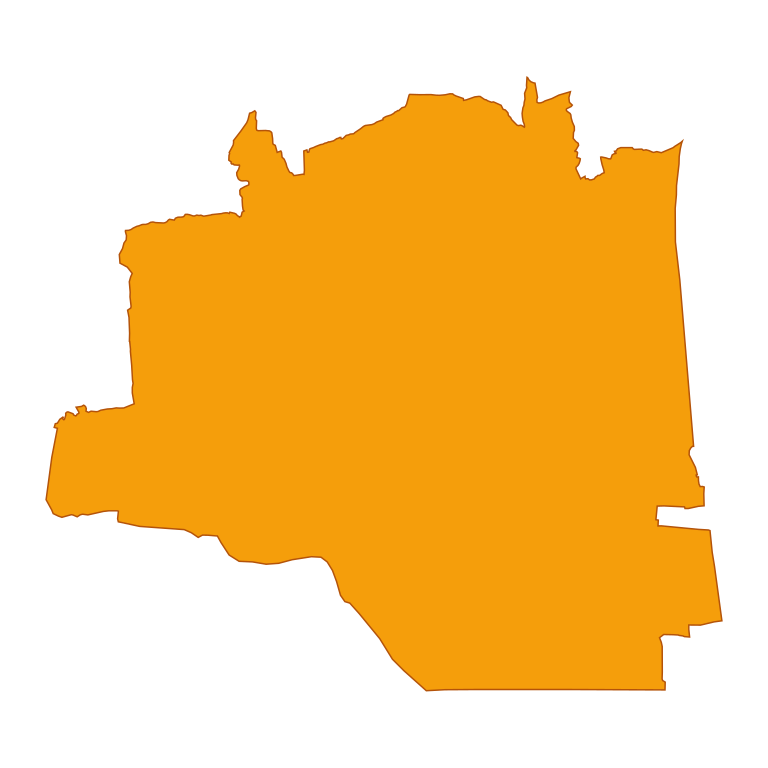 Tamasi, Bacau, Romania (Albers equal-area conic projection), rotated 270°
{"feature_id": "2599482B86885010091457", "entity_name": "Tamasi", "entity_type": "district", "adm_level": 2, "iso_a3": "ROU", "parent_name": "Romania", "parent_adm1": "Bacau", "projection": "albers", "projection_center": [27.031, 46.487], "detail": "fine", "context": "isolated", "style": "filled", "palette": "amber", "viewbox_px": 768, "rotation_deg": 270, "n_neighbors": 0, "source": "geoboundaries", "source_scale": "gbopen_adm2", "svg_char_len": 6117}
<svg xmlns="http://www.w3.org/2000/svg" viewBox="0 0 768 768"><g transform="rotate(270 384 384)"><path d="M620.3,673.1L615.3,661.3L616.4,656.8L615.6,653.8L615.7,652.9L617.4,649.0L618.2,646.1L617.7,643.3L618.6,642.4L618.9,641.5L618.6,634.4L619.0,633.4L620.4,632.2L620.4,620.8L619.2,617.6L617.0,616.1L616.7,614.5L615.8,614.9L614.9,616.1L614.6,616.0L614.2,614.1L613.1,612.2L609.3,610.8L609.1,610.3L609.2,608.6L610.1,606.0L611.0,601.7L610.9,600.7L609.2,600.8L603.4,602.1L597.9,603.8L595.3,604.2L594.5,602.2L592.6,599.6L592.6,597.8L591.5,596.7L590.9,595.5L589.1,594.3L588.1,591.3L588.1,589.5L589.3,588.0L589.1,585.6L590.4,585.1L591.7,585.0L589.8,581.5L589.1,580.7L598.9,576.1L599.9,576.0L600.8,576.1L602.6,578.0L604.5,579.1L607.2,580.0L609.2,580.3L609.7,579.6L610.4,576.8L615.2,577.6L616.2,577.0L616.7,575.9L616.5,575.1L617.0,574.8L618.3,576.1L622.7,578.6L624.7,578.2L626.4,575.9L629.6,573.2L635.5,573.5L637.7,574.4L641.5,574.3L645.8,572.4L650.0,571.2L653.2,570.8L654.5,570.1L656.7,567.1L657.8,566.3L658.7,566.3L659.4,566.9L661.5,571.2L662.9,572.3L665.6,569.5L667.3,569.2L670.3,568.9L676.3,570.4L672.9,558.9L669.4,551.8L667.1,545.0L666.0,543.1L665.2,541.0L665.0,538.6L665.6,537.1L668.1,536.8L670.6,537.5L684.9,535.0L685.2,533.4L686.3,530.8L688.2,528.8L690.4,527.6L690.7,527.0L682.7,526.5L680.2,526.7L674.7,524.6L669.0,525.0L665.7,524.2L662.6,523.9L660.1,522.9L654.6,522.1L650.9,522.4L646.7,523.1L643.9,524.2L641.2,524.6L640.8,524.3L642.3,522.0L642.8,520.9L642.4,518.3L642.9,517.0L648.4,511.6L650.7,510.5L651.4,509.5L652.7,508.4L655.2,507.9L658.0,505.4L658.7,503.1L662.7,501.1L665.8,494.2L666.1,493.2L665.7,491.6L667.2,487.7L668.2,486.1L668.4,484.9L668.8,484.1L671.5,480.2L671.6,478.8L671.1,474.7L668.2,466.5L667.6,463.6L669.5,463.3L672.0,456.1L673.1,453.8L674.1,452.7L674.2,449.9L673.2,445.2L672.7,439.6L672.8,436.1L673.4,431.0L673.3,419.8L673.6,409.7L673.0,409.1L663.9,406.6L661.6,405.4L661.0,404.8L660.3,402.0L657.6,399.0L657.3,398.3L657.4,397.7L656.4,396.3L655.9,395.0L654.5,393.6L653.0,390.9L651.5,386.1L650.5,384.2L649.6,383.0L648.3,383.0L645.9,376.6L644.3,374.3L643.4,371.9L642.5,365.3L641.6,363.5L639.2,360.5L635.3,354.7L634.5,354.0L634.2,353.4L633.9,350.2L633.2,348.8L632.6,346.2L629.4,342.9L629.1,341.4L629.3,341.1L630.6,340.8L630.5,339.6L629.8,338.5L629.3,336.7L627.3,333.8L626.9,332.6L626.1,329.6L626.1,328.5L625.1,326.4L624.9,325.0L623.8,322.9L623.4,320.6L621.5,315.7L620.4,313.4L619.3,310.0L618.6,309.5L615.9,308.8L615.7,307.5L618.1,306.9L617.0,303.8L597.6,304.4L593.6,304.0L593.8,302.8L592.6,295.6L592.5,293.7L593.9,292.9L595.1,291.7L595.6,289.8L596.9,288.9L601.1,286.9L604.6,286.0L608.8,284.2L610.8,282.1L615.7,281.5L617.0,280.8L615.6,277.2L622.6,275.3L623.7,273.3L624.6,272.8L629.4,272.6L635.2,271.8L636.3,270.9L637.1,269.5L637.5,265.4L637.3,258.5L637.5,257.4L637.9,256.7L639.6,256.3L647.3,256.6L648.5,255.7L650.3,255.5L655.6,256.0L657.2,254.8L655.4,251.7L654.8,249.6L648.3,248.0L645.2,246.7L637.0,240.9L627.4,233.5L625.7,233.6L623.0,233.2L615.5,229.2L614.4,229.6L612.6,229.0L607.8,228.8L606.0,231.2L604.7,231.1L603.9,231.9L604.0,233.2L603.1,234.1L602.8,238.0L603.0,239.2L602.7,239.5L601.6,239.5L598.7,238.6L595.3,236.7L592.6,236.9L589.3,238.2L588.1,239.4L587.3,240.9L587.1,242.5L587.3,246.3L586.6,248.4L585.7,248.8L583.7,248.9L583.0,248.6L581.4,244.8L579.1,240.7L577.6,239.8L573.4,240.0L570.7,242.1L569.7,242.4L568.9,242.1L562.0,242.5L558.0,243.1L557.0,244.1L555.8,242.1L551.9,241.2L551.4,240.0L550.8,239.7L552.5,237.3L554.0,236.0L554.7,234.5L555.8,229.8L554.5,229.2L555.1,227.7L555.2,225.8L554.9,223.3L554.4,221.6L553.4,211.8L553.0,210.8L551.8,203.7L552.8,200.9L552.5,199.0L552.9,196.8L552.0,194.4L552.1,192.9L553.3,189.4L553.7,187.2L553.6,185.3L551.5,183.8L551.1,182.8L550.9,181.5L550.8,177.9L549.8,175.4L547.9,174.3L548.7,169.5L547.9,168.3L546.3,166.9L545.4,165.3L545.0,163.7L545.4,155.6L546.0,153.0L545.7,150.6L544.3,148.2L543.6,145.8L543.6,143.3L543.4,141.9L542.2,139.0L541.7,136.9L539.9,133.1L538.5,131.1L537.7,128.8L537.5,125.5L536.4,125.4L532.3,126.5L528.1,126.2L525.0,124.0L519.4,122.5L513.5,119.3L504.8,120.0L500.9,127.3L494.6,132.2L491.2,130.7L486.3,129.3L475.7,130.2L471.1,130.0L461.7,131.1L460.0,130.8L457.8,127.6L450.6,129.0L434.7,129.6L426.7,129.4L426.6,129.7L418.7,130.5L416.7,130.4L402.5,131.7L388.2,132.5L384.6,133.1L380.6,132.3L375.0,132.3L364.2,134.2L360.0,123.7L359.9,119.3L360.1,116.2L359.3,112.0L359.0,107.3L357.8,100.8L356.5,98.0L356.3,96.3L356.8,91.0L355.6,88.5L356.8,86.0L359.4,86.3L361.3,85.6L362.4,84.5L362.8,83.6L361.6,81.6L360.8,76.1L355.8,78.9L354.6,78.8L353.8,77.1L352.5,76.4L352.1,75.7L352.9,73.8L354.3,73.0L356.1,68.1L356.0,67.1L354.8,65.7L352.8,65.8L348.5,64.4L348.3,63.7L349.3,62.6L350.5,63.2L350.9,62.9L348.7,59.8L344.8,57.4L344.3,55.3L340.6,54.2L339.7,57.4L310.7,51.8L268.3,46.1L258.1,51.7L254.4,53.2L251.9,58.4L250.7,61.9L253.3,71.3L253.0,73.0L251.2,77.2L253.2,80.3L253.8,82.5L253.1,87.9L256.6,103.5L257.2,108.8L257.2,117.3L256.8,118.4L249.2,117.6L246.2,118.3L241.6,139.7L238.4,184.2L235.3,191.3L230.6,198.2L232.9,202.5L232.8,207.9L232.0,217.4L225.3,221.1L213.0,229.1L206.7,239.1L206.1,252.5L203.8,266.1L204.7,278.7L208.3,292.2L211.3,311.4L210.8,321.0L206.1,327.2L197.5,332.5L186.4,336.6L172.7,340.5L166.4,344.9L164.9,349.8L154.4,359.2L129.4,379.7L108.7,392.5L97.3,403.9L77.3,426.3L78.3,445.0L78.5,476.2L78.5,568.2L78.1,665.0L85.9,665.2L87.5,662.6L89.2,662.1L95.9,662.3L121.5,662.2L125.7,661.3L130.3,659.5L133.5,663.7L133.3,673.1L133.0,678.3L132.6,679.1L132.1,682.8L131.4,684.4L131.0,689.6L138.5,688.8L143.0,688.8L142.9,700.5L146.1,714.0L147.2,721.9L201.6,714.5L215.7,712.2L237.4,710.0L238.0,708.5L238.6,698.6L242.1,661.7L242.1,658.0L247.9,658.3L248.3,655.9L261.9,657.2L262.1,663.9L261.1,684.5L259.5,685.0L259.5,688.3L261.7,698.4L262.2,704.1L274.3,703.8L281.0,704.2L281.5,702.6L281.4,700.2L283.9,699.0L287.2,698.5L291.1,698.4L291.0,696.9L292.0,696.3L293.0,696.2L293.2,697.3L300.6,695.4L313.2,689.1L317.4,689.3L320.1,690.8L321.7,692.5L321.7,693.6L488.1,679.8L526.1,675.4L559.7,675.2L573.1,676.4L582.3,676.5L604.0,679.0L611.4,679.2L619.2,680.3L624.5,681.5L626.8,682.3L625.4,680.7L621.6,674.7L620.3,673.1Z" fill="#f59e0b" stroke="#b45309" stroke-width="1.5"/></g></svg>